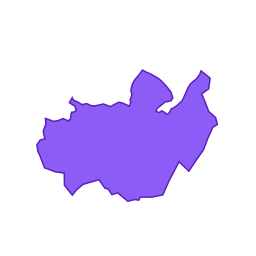 Chimbay, Karakalpakstan, Uzbekistan (Robinson projection), rotated 120°
{"feature_id": "79887680B3643857389786", "entity_name": "Chimbay", "entity_type": "district", "adm_level": 2, "iso_a3": "UZB", "parent_name": "Uzbekistan", "parent_adm1": "Karakalpakstan", "projection": "robinson", "projection_center": [59.5, 43.045], "detail": "fine", "context": "isolated", "style": "filled", "palette": "violet", "viewbox_px": 256, "rotation_deg": 120, "n_neighbors": 0, "source": "geoboundaries", "source_scale": "gbopen_adm2", "svg_char_len": 1374}
<svg xmlns="http://www.w3.org/2000/svg" viewBox="0 0 256 256"><g transform="rotate(120 128 128)"><path d="M168.5,64.4L153.8,66.0L131.7,66.9L135.0,53.7L122.2,52.9L109.1,51.7L97.3,53.7L84.9,54.9L80.3,52.3L75.2,57.3L73.3,66.4L66.4,74.9L61.6,81.3L53.8,77.7L43.8,81.8L42.0,93.3L45.7,92.7L51.0,93.2L54.9,94.8L58.5,95.9L63.1,96.2L68.5,95.5L76.9,94.7L83.0,96.4L88.0,98.6L89.5,100.1L92.7,99.9L95.0,100.1L96.9,101.5L96.2,103.9L96.3,107.5L98.3,108.1L99.5,110.3L99.2,112.3L96.3,112.5L92.4,111.0L89.1,109.7L86.3,108.6L85.4,106.9L82.7,104.3L79.5,104.3L75.4,108.8L72.5,116.1L70.5,123.0L69.8,126.7L69.9,135.1L70.4,140.0L70.6,144.4L77.2,145.2L82.7,146.2L87.2,146.2L91.7,145.2L94.5,144.0L95.9,142.4L98.3,140.8L102.6,140.3L104.5,138.5L108.4,137.7L109.1,145.5L110.4,149.0L118.3,154.0L119.5,161.3L122.7,164.8L125.1,167.3L127.0,170.8L127.5,175.9L130.7,179.5L130.7,185.8L131.3,188.9L129.6,191.5L135.4,191.4L135.7,184.7L138.6,181.6L141.2,182.8L142.7,184.8L148.8,182.4L151.7,183.2L152.3,189.0L156.8,192.4L159.5,195.9L160.9,204.3L165.4,201.2L172.8,199.9L176.1,197.5L178.8,194.5L182.3,198.0L188.1,198.6L193.2,194.4L196.7,189.6L204.2,180.4L202.3,169.2L199.0,160.6L209.4,154.4L214.0,142.6L207.8,141.8L199.2,138.7L187.3,127.3L191.7,117.9L190.7,114.8L193.8,108.6L189.3,104.6L191.5,91.5L186.6,86.4L185.1,82.6L181.7,82.8L176.0,72.9L168.5,64.4Z" fill="#8b5cf6" stroke="#5b21b6" stroke-width="1.5"/></g></svg>